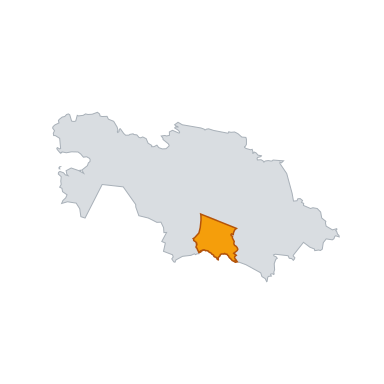 Zhambyl on a map of Kazakhstan (Equal Earth projection), rotated 22°
{"feature_id": "KAZ-3252", "entity_name": "Zhambyl", "entity_type": "Region", "adm_level": 1, "iso_a3": "KAZ", "parent_name": "Kazakhstan", "parent_adm1": "", "projection": "equal_earth", "projection_center": [72.801, 44.147], "detail": "fine", "context": "in_parent", "style": "filled", "palette": "amber", "viewbox_px": 384, "rotation_deg": 22, "n_neighbors": 0, "source": "natural_earth", "source_scale": "10m", "svg_char_len": 6392}
<svg xmlns="http://www.w3.org/2000/svg" viewBox="0 0 384 384"><g transform="rotate(22 192 192)"><path d="M221.6,246.6L219.8,247.5L218.7,248.8L217.4,248.4L214.8,251.1L207.3,255.2L202.6,260.9L202.5,263.5L201.2,263.6L198.3,261.6L198.9,259.3L197.5,257.5L187.8,257.7L186.4,249.3L182.5,249.2L183.6,239.0L181.2,240.2L179.0,235.7L174.5,231.6L170.8,233.3L161.2,232.5L151.6,233.9L145.5,227.0L144.5,224.7L126.3,213.0L105.9,218.7L102.6,256.2L98.2,256.5L94.2,249.6L88.8,245.7L80.2,247.7L75.4,251.5L75.5,248.2L77.1,244.8L77.2,241.4L71.9,240.2L70.0,237.3L67.5,237.1L67.9,234.0L66.3,231.2L65.0,226.8L61.3,225.4L60.9,224.0L61.4,222.8L62.3,222.4L65.8,222.3L68.1,223.6L71.0,223.3L69.3,222.4L67.3,219.4L71.0,215.0L78.8,214.6L84.7,215.3L81.7,212.9L85.2,206.7L85.0,203.9L86.0,202.0L85.4,200.1L84.4,199.2L81.1,198.8L78.3,200.4L74.5,198.4L71.3,197.6L65.2,199.9L60.8,202.7L56.5,203.5L56.5,204.5L56.0,204.3L55.3,204.8L55.4,205.3L51.0,203.0L50.3,202.2L50.5,201.3L53.2,201.6L53.9,200.9L49.2,191.8L44.1,190.9L42.6,191.5L41.4,189.5L41.6,186.7L38.8,184.9L38.7,183.4L39.8,181.1L42.8,177.8L41.4,175.8L41.7,174.5L43.6,171.1L45.7,169.7L46.7,167.1L48.2,165.9L49.7,166.2L53.6,171.1L54.3,171.4L56.9,170.4L57.6,169.6L56.9,163.9L58.2,164.0L62.4,161.7L64.0,159.5L66.5,159.1L70.3,157.3L74.5,153.5L77.1,154.3L78.2,155.9L80.1,155.8L84.9,153.7L87.2,155.8L92.9,155.8L98.3,159.9L100.1,162.4L100.2,164.2L100.8,164.7L101.6,163.5L101.2,160.8L101.9,160.2L106.9,163.4L109.2,164.2L112.1,163.0L112.9,161.8L115.6,160.1L116.5,160.5L119.5,159.7L122.5,161.3L124.1,161.0L125.7,159.4L129.5,159.7L133.0,163.2L137.2,163.9L137.6,165.1L139.8,164.2L141.9,161.7L144.5,163.3L148.3,163.2L151.7,161.6L153.4,158.2L153.3,157.3L152.0,156.2L145.5,154.2L145.0,153.1L142.5,151.6L145.6,149.8L147.4,149.6L149.9,147.9L148.5,144.8L150.8,142.1L157.5,142.3L158.3,141.8L157.9,140.8L155.4,139.7L152.1,139.2L151.9,138.8L152.4,137.8L154.7,137.1L154.3,136.6L152.6,136.8L150.7,136.2L152.9,132.6L157.8,133.3L176.3,129.3L179.7,129.2L180.8,129.7L182.0,128.2L183.7,127.2L189.1,126.8L203.0,124.1L203.7,123.4L203.5,122.4L205.7,122.1L209.0,120.4L212.7,120.7L217.6,122.4L221.5,121.2L222.7,122.7L224.6,127.4L224.4,129.5L223.7,130.4L223.9,130.9L225.7,131.4L230.5,130.9L231.8,129.9L233.3,131.7L233.7,133.3L234.7,132.8L234.5,132.0L234.9,131.6L237.0,131.8L239.3,133.1L242.8,132.4L242.6,133.4L239.9,135.4L239.7,136.4L240.6,137.8L243.9,136.2L246.4,136.6L247.5,137.4L248.2,135.9L250.9,134.3L253.7,133.7L254.8,133.0L255.2,132.0L265.2,128.8L264.0,131.5L262.3,131.4L262.8,132.6L272.9,139.4L285.3,155.7L289.5,162.4L292.6,160.8L292.7,158.6L294.8,157.6L297.7,158.5L297.4,160.6L299.8,160.7L300.4,162.7L308.1,162.9L310.0,161.3L314.3,160.4L318.8,162.4L322.0,167.5L327.1,169.1L327.3,170.7L329.2,173.4L336.4,174.5L339.9,171.8L340.4,172.6L339.7,173.9L341.1,174.6L342.7,176.5L344.5,177.2L345.3,178.5L341.5,178.8L341.0,179.9L341.1,182.2L340.0,183.8L334.0,185.2L332.7,189.8L334.2,196.2L333.0,198.1L331.1,198.4L327.8,200.4L326.8,199.0L321.9,199.0L314.2,196.9L309.6,212.7L309.8,213.4L312.0,214.4L312.1,215.7L311.5,217.4L309.4,216.4L307.0,217.0L304.9,215.1L292.5,218.5L291.1,219.8L292.1,220.6L294.1,220.5L295.9,221.5L294.9,223.1L295.1,227.7L297.7,233.1L297.9,235.7L298.9,237.3L298.6,237.9L297.6,237.6L295.8,238.5L295.8,239.2L297.1,240.2L294.5,241.6L294.2,242.8L295.1,246.8L294.8,247.2L292.4,244.9L288.5,244.2L286.0,241.2L269.1,239.2L260.1,239.5L258.5,240.8L256.4,240.6L252.1,239.1L247.3,236.4L245.2,236.9L242.2,238.9L241.1,243.1L241.7,245.0L232.1,241.4L228.0,240.7L224.1,241.6L221.2,245.7L221.6,246.6ZM60.8,220.1L60.1,220.3L59.5,219.2L59.8,218.2L60.5,217.8L59.8,219.1L60.8,220.1ZM80.8,214.5L80.2,214.3L79.9,213.9L80.8,213.4L80.8,214.5Z" fill="#d9dde1" stroke="#a8b0b8" stroke-width="1"/><path d="M255.1,240.5L254.9,240.5L254.4,240.2L254.0,239.9L253.6,239.8L253.3,239.7L253.1,239.5L252.4,239.2L251.5,239.0L251.3,238.9L250.4,238.3L250.3,238.2L250.1,237.9L250.0,237.7L249.9,237.6L249.6,237.6L249.3,237.4L248.9,237.4L248.4,237.0L248.1,236.8L247.9,236.8L247.7,236.7L247.3,236.4L247.0,236.2L247.3,236.5L247.3,236.8L247.2,236.9L246.0,237.0L245.8,237.0L245.5,236.7L245.4,236.7L245.1,236.9L244.9,237.6L244.6,237.7L244.3,237.7L244.1,237.7L242.8,238.3L242.4,238.5L242.2,238.7L241.9,239.6L241.7,239.8L241.7,240.0L241.7,240.3L241.8,240.7L241.8,240.9L241.8,241.0L241.5,241.5L241.1,242.4L241.0,242.7L241.0,243.1L241.1,243.5L241.2,243.8L241.8,244.9L241.8,245.0L241.6,245.1L241.1,244.9L240.4,244.8L240.3,244.6L240.3,244.4L240.3,244.1L240.2,244.0L240.0,243.9L239.4,243.9L239.2,243.8L239.0,243.6L238.7,243.5L238.4,243.5L237.3,243.7L237.1,243.7L236.8,243.6L236.5,243.5L236.3,243.3L236.1,242.8L235.9,242.6L235.6,242.5L234.5,242.2L234.0,242.2L233.7,242.2L232.7,241.6L232.2,241.4L231.2,241.3L230.9,241.5L230.5,241.4L229.6,240.9L229.1,240.8L229.0,240.7L228.9,240.7L228.7,240.6L228.3,240.7L227.8,240.8L227.5,240.8L226.6,241.4L226.4,241.4L226.1,241.1L225.9,241.1L225.4,241.0L225.2,241.0L225.0,241.3L224.9,241.4L224.8,241.5L224.6,241.6L224.3,241.5L224.1,241.4L224.0,241.5L223.8,241.8L223.7,241.9L223.6,242.0L223.3,242.1L223.2,242.2L223.2,242.4L223.2,242.8L223.2,243.0L222.4,243.2L222.1,243.4L222.1,243.8L222.5,244.1L222.5,244.3L222.5,244.5L222.4,244.5L222.2,244.5L221.8,244.3L221.7,244.4L221.6,244.5L221.5,244.9L221.5,245.1L221.5,245.3L221.2,245.6L220.7,245.3L220.7,245.2L220.4,244.8L219.9,244.5L219.1,243.7L218.7,243.5L218.5,243.2L218.1,242.7L217.6,242.3L217.3,242.1L216.7,242.0L216.3,241.4L216.2,240.5L216.3,239.7L216.1,239.4L216.2,239.1L215.8,238.8L216.0,238.4L215.8,238.2L215.5,238.2L215.2,238.0L215.1,237.3L214.4,237.1L213.9,236.8L213.5,236.7L212.9,236.6L212.0,236.4L211.7,236.2L211.3,235.5L211.3,235.1L211.0,234.8L210.6,234.7L210.8,234.4L211.5,233.5L213.5,228.1L213.7,227.7L213.7,227.0L213.0,222.0L210.9,214.7L209.2,210.7L208.3,209.2L246.9,209.1L245.9,210.8L245.7,213.2L245.9,214.9L246.0,215.4L246.2,215.9L244.3,216.0L244.1,216.9L244.7,217.8L245.5,217.8L246.2,218.0L246.4,218.9L246.7,219.5L249.7,222.1L249.9,223.5L250.3,224.5L251.5,225.5L253.2,225.8L254.5,226.5L255.3,227.2L255.9,227.9L255.9,229.0L255.5,230.0L253.6,233.2L254.2,233.4L254.9,233.6L255.2,233.5L255.4,233.8L256.1,233.8L256.8,234.1L256.3,234.9L255.8,235.9L255.9,236.3L256.0,236.7L256.1,236.9L256.4,237.3L257.0,237.8L258.0,238.2L258.6,238.7L258.1,239.1L259.6,239.3L259.9,239.6L259.7,239.6L259.3,240.3L259.2,240.5L258.8,240.8L258.6,240.9L258.4,240.9L257.9,240.7L257.7,240.7L257.4,240.7L255.7,240.5L255.1,240.5Z" fill="#f59e0b" stroke="#b45309" stroke-width="1.5"/></g></svg>